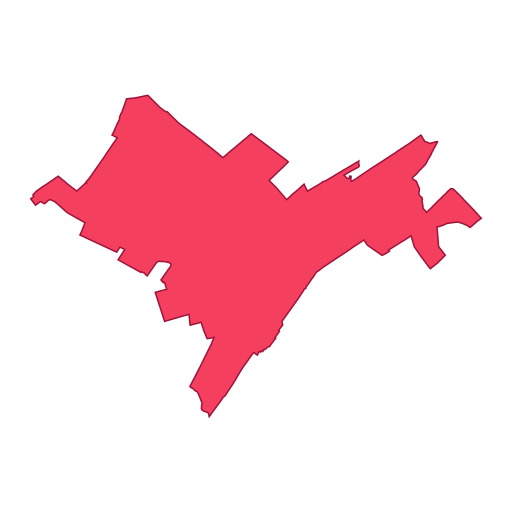 Negrasi, Arges, Romania (Equal Earth projection)
{"feature_id": "2599482B82159527317545", "entity_name": "Negrasi", "entity_type": "district", "adm_level": 2, "iso_a3": "ROU", "parent_name": "Romania", "parent_adm1": "Arges", "projection": "equal_earth", "projection_center": [25.135, 44.592], "detail": "fine", "context": "isolated", "style": "filled", "palette": "rose", "viewbox_px": 512, "rotation_deg": 0, "n_neighbors": 0, "source": "geoboundaries", "source_scale": "gbopen_adm2", "svg_char_len": 5935}
<svg xmlns="http://www.w3.org/2000/svg" viewBox="0 0 512 512"><path d="M227.1,392.7L232.7,384.3L235.7,379.4L238.3,374.9L239.9,372.2L243.0,367.3L247.5,361.0L248.9,359.0L253.4,352.7L253.7,352.5L254.8,353.4L257.4,355.1L258.2,353.3L259.4,351.4L260.6,352.1L261.8,350.7L262.7,351.5L264.2,349.2L265.1,349.5L267.9,346.8L269.6,346.6L270.9,344.5L275.6,338.4L274.9,338.0L279.5,331.2L278.7,330.2L282.7,325.0L282.0,321.9L282.0,321.3L297.8,299.2L303.7,290.4L304.1,289.2L304.5,288.8L305.4,288.6L305.8,288.5L306.0,287.1L308.0,284.5L309.6,282.1L311.2,279.7L314.1,275.7L316.4,272.1L318.0,271.2L318.6,270.7L319.5,270.1L321.5,268.5L323.3,267.1L332.7,260.9L334.4,259.7L343.0,254.1L345.4,252.5L348.2,250.5L349.2,249.9L351.8,248.1L351.9,247.9L352.1,247.8L363.9,240.0L365.9,243.1L366.0,243.2L367.5,245.2L367.8,245.5L382.1,255.4L385.3,253.8L389.5,251.2L388.6,249.9L389.9,249.2L400.0,242.8L404.7,240.0L411.0,235.8L414.4,247.0L419.8,254.7L421.2,256.8L423.1,259.2L425.3,262.2L429.0,267.2L430.4,268.7L435.0,265.0L436.6,263.6L436.9,263.6L445.3,255.2L438.9,247.0L438.6,246.2L437.0,226.8L439.6,226.5L441.7,225.6L442.4,225.5L447.1,223.4L457.7,222.0L462.4,223.4L468.0,225.9L469.1,226.9L470.1,227.5L471.4,226.4L474.6,223.6L476.0,222.4L477.0,221.5L479.3,219.8L479.5,219.6L481.3,218.3L479.6,216.5L479.3,216.2L473.6,209.8L470.3,206.4L469.5,205.5L467.0,203.0L464.9,200.8L464.6,200.6L464.0,199.9L463.6,199.4L463.3,199.0L463.0,198.6L456.6,192.2L456.4,192.0L456.2,191.8L453.5,189.2L453.4,189.1L451.6,188.6L450.9,188.6L448.0,191.1L445.1,194.3L444.8,194.5L443.5,195.5L440.5,198.6L437.5,201.5L437.0,202.0L436.9,202.1L436.2,202.8L435.1,203.9L435.0,204.0L434.9,204.1L434.1,204.9L434.0,205.0L433.7,205.3L430.7,208.5L428.9,210.0L426.7,212.4L423.3,208.6L423.0,207.7L422.9,206.7L423.0,205.9L422.6,204.6L422.4,202.3L422.2,201.6L422.0,200.8L421.9,200.1L422.2,199.7L422.4,199.3L422.3,199.0L421.9,198.3L421.9,198.1L422.0,197.9L422.0,197.6L419.7,195.8L419.6,195.6L419.4,195.1L418.9,193.6L418.8,193.1L418.9,192.6L419.1,191.8L419.3,191.3L419.3,188.6L419.3,188.4L418.5,186.4L417.6,184.5L416.3,181.2L416.0,181.0L413.9,179.7L412.8,178.9L412.5,178.5L412.4,178.0L413.0,177.1L413.7,176.4L414.7,175.7L416.3,174.2L417.4,172.9L418.9,171.1L419.6,170.4L420.0,169.9L420.8,169.2L421.2,168.8L422.6,167.4L423.2,166.8L423.4,166.5L424.0,166.0L424.3,165.6L425.4,164.5L425.4,164.3L426.0,163.5L426.6,162.4L427.8,160.0L430.5,155.5L431.3,154.0L431.8,152.4L432.2,152.0L434.1,148.2L435.3,146.1L437.4,142.1L437.5,141.7L436.9,141.6L436.2,141.7L435.4,141.9L434.7,142.1L433.8,142.4L432.5,142.7L431.0,143.2L429.7,143.4L428.5,142.8L427.6,142.4L426.9,142.1L426.2,141.9L425.3,141.7L424.5,141.1L424.1,140.1L423.4,139.3L422.6,137.8L422.2,137.2L421.6,136.0L421.3,135.5L420.8,135.1L409.4,143.4L396.5,151.8L396.3,152.1L387.7,157.7L387.0,158.1L384.5,159.8L373.3,167.0L363.0,173.9L358.3,177.1L357.0,178.0L356.6,178.4L351.6,181.3L350.9,180.5L350.8,180.3L351.1,176.3L349.6,176.1L349.4,178.4L347.4,178.4L345.5,176.7L344.0,175.2L352.2,170.4L358.4,167.2L359.3,165.9L359.3,165.3L358.8,164.3L358.7,163.1L358.6,162.0L358.8,161.1L358.3,161.4L356.2,162.6L353.8,164.0L351.4,165.5L338.0,173.3L332.9,176.5L324.8,181.2L323.7,181.3L323.1,181.5L322.1,182.2L322.1,182.5L317.3,185.4L307.4,191.1L304.5,185.1L304.1,184.1L303.9,184.2L297.8,189.8L291.3,195.2L290.6,196.0L289.4,197.2L286.7,199.7L281.1,193.2L276.0,187.3L273.7,185.1L272.0,183.3L270.5,181.8L269.1,180.5L274.7,175.1L281.0,169.0L281.3,168.7L282.7,167.5L283.8,166.4L286.6,163.6L288.3,161.9L287.2,160.8L281.8,156.7L274.6,151.3L269.8,147.6L256.7,137.8L251.3,133.7L250.7,134.1L249.6,135.1L248.6,135.8L247.7,136.8L246.2,138.1L243.6,140.1L241.5,141.9L240.5,142.8L239.5,143.6L237.5,145.3L236.3,146.3L228.7,152.6L227.2,154.0L226.6,154.5L225.1,155.8L222.7,157.6L217.8,153.3L207.6,145.1L203.9,142.3L201.5,140.3L199.0,138.4L194.2,134.7L190.7,132.0L181.8,125.4L179.2,123.4L177.8,122.2L172.8,117.3L170.0,114.5L167.2,111.7L166.7,112.0L165.5,111.4L164.0,110.5L159.9,107.4L147.8,95.3L134.8,98.0L130.9,98.3L126.4,98.9L126.1,100.4L124.5,104.7L121.6,112.9L121.3,113.0L120.9,113.7L119.6,117.0L119.4,119.6L117.5,123.1L115.5,127.8L113.0,133.3L112.0,135.0L117.2,137.8L114.4,141.9L113.3,143.3L109.7,148.8L107.5,151.9L104.1,157.1L101.7,160.5L95.7,169.1L92.6,173.5L91.7,175.0L90.3,176.8L88.9,178.7L86.0,182.0L86.0,182.4L86.6,183.1L86.4,183.3L85.5,183.4L84.7,183.7L81.8,186.5L77.9,190.0L76.8,191.1L70.6,186.4L66.7,183.3L64.3,181.1L62.8,180.0L58.2,176.2L58.0,176.5L57.7,176.6L55.8,177.8L54.1,179.1L51.3,180.9L45.7,184.8L44.4,185.5L40.2,188.4L39.0,189.3L38.2,189.9L37.8,190.0L36.9,190.8L35.8,191.8L33.0,194.7L33.0,195.2L33.7,196.2L32.9,197.2L30.7,198.8L35.5,205.2L40.1,201.8L40.5,201.6L41.1,201.8L42.9,202.9L44.1,203.6L44.9,203.6L48.2,200.5L49.6,199.7L50.3,199.7L51.2,200.0L52.8,200.7L54.8,201.8L56.6,203.2L58.9,205.2L65.2,210.9L66.9,212.3L68.0,213.1L71.2,214.9L76.4,217.9L85.0,222.7L83.5,226.6L82.2,230.1L79.9,235.0L116.7,252.2L119.8,247.2L123.7,248.9L124.6,249.6L118.1,259.8L140.9,272.4L141.3,271.7L144.4,273.2L144.9,273.7L145.9,274.9L147.2,275.9L155.7,263.7L157.7,261.4L164.4,261.6L168.7,262.4L170.5,263.6L170.9,264.0L171.0,265.2L170.6,266.2L161.0,279.9L161.6,280.3L161.8,280.6L161.7,280.7L161.6,280.9L162.7,281.7L163.1,282.6L163.5,282.7L164.0,282.3L164.6,282.6L166.7,289.3L155.2,292.3L164.6,321.4L180.9,316.6L185.7,315.3L189.0,314.4L190.1,325.2L201.1,322.3L204.1,331.5L207.1,338.7L208.4,338.6L214.0,337.4L212.9,340.2L212.7,340.4L211.8,342.7L211.4,343.9L207.6,351.5L200.0,366.9L189.9,386.5L191.3,387.8L193.1,388.7L193.9,389.4L194.3,390.1L194.8,390.5L196.1,391.2L197.3,391.9L198.3,393.7L199.4,396.5L199.8,397.2L200.0,397.9L200.2,398.5L200.5,399.1L200.7,399.8L201.3,400.9L201.4,401.6L202.2,402.9L202.2,403.4L201.6,404.4L201.6,406.2L201.4,407.8L201.4,408.4L201.6,409.3L202.1,410.1L203.3,410.9L204.0,411.3L204.8,411.5L207.0,412.2L207.6,412.4L208.2,413.1L208.8,414.2L209.0,416.0L209.2,416.7L213.9,410.2L220.2,401.7L223.4,397.0L224.6,396.3L226.3,394.1L227.1,392.7Z" fill="#f43f5e" stroke="#9f1239" stroke-width="1.5"/></svg>